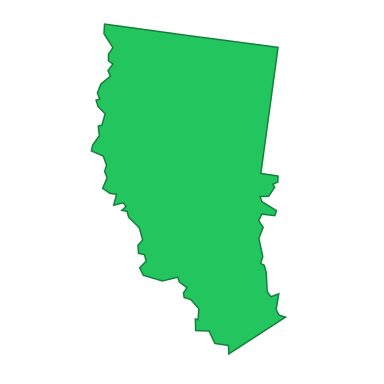 Cherokee, Texas, United States of America (Albers equal-area conic projection), rotated 8°
{"feature_id": "52423323B13396294206268", "entity_name": "Cherokee", "entity_type": "district", "adm_level": 2, "iso_a3": "USA", "parent_name": "United States of America", "parent_adm1": "Texas", "projection": "albers", "projection_center": [-95.197, 31.782], "detail": "fine", "context": "isolated", "style": "filled", "palette": "green", "viewbox_px": 384, "rotation_deg": 8, "n_neighbors": 0, "source": "geoboundaries", "source_scale": "gbopen_adm2", "svg_char_len": 1120}
<svg xmlns="http://www.w3.org/2000/svg" viewBox="0 0 384 384"><g transform="rotate(8 192 192)"><path d="M82.0,37.9L82.8,47.5L93.6,60.1L90.1,67.2L91.0,73.8L95.9,76.3L91.9,83.5L95.1,88.7L86.8,97.6L84.5,107.1L87.7,112.8L84.2,114.4L87.1,120.5L95.1,126.6L93.5,138.2L90.0,139.8L92.4,149.2L87.1,159.2L86.6,165.3L99.1,168.8L103.6,177.3L102.6,183.9L106.0,189.7L103.0,200.8L110.9,204.8L117.6,204.8L116.3,216.0L125.4,212.3L128.7,215.5L125.1,219.9L130.4,220.2L132.8,225.8L144.7,234.7L149.8,246.4L145.9,252.3L147.6,260.2L153.8,260.7L156.1,267.0L150.7,274.4L155.5,281.3L175.0,284.2L189.6,278.4L192.1,282.9L200.3,287.5L197.6,293.0L198.9,297.6L205.6,298.6L215.0,306.6L215.8,317.7L213.0,317.2L214.9,328.7L228.2,327.3L235.8,338.8L249.4,338.9L251.0,347.2L302.0,302.9L295.3,301.8L291.7,296.8L292.1,280.7L284.7,284.7L280.3,280.1L276.8,261.7L273.7,254.5L269.9,253.2L271.1,246.2L264.7,228.6L267.4,217.1L262.1,211.2L264.1,204.2L277.3,203.9L278.2,198.7L262.4,191.7L260.1,187.0L268.5,185.6L273.2,175.8L271.0,173.0L275.6,170.3L275.0,164.2L257.6,164.0L257.1,36.8L167.6,37.6L82.0,37.9Z" fill="#22c55e" stroke="#15803d" stroke-width="1.5"/></g></svg>